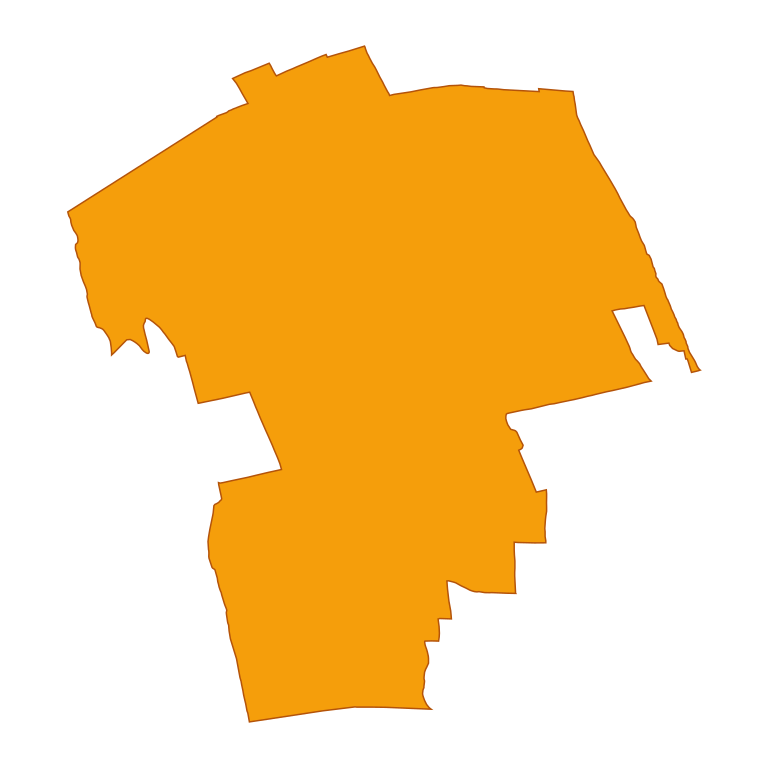 the district of Bacani, Vaslui, Romania
{"feature_id": "2599482B44404809262636", "entity_name": "Bacani", "entity_type": "district", "adm_level": 2, "iso_a3": "ROU", "parent_name": "Romania", "parent_adm1": "Vaslui", "projection": "robinson", "projection_center": [27.679, 46.327], "detail": "fine", "context": "isolated", "style": "filled", "palette": "amber", "viewbox_px": 768, "rotation_deg": 0, "n_neighbors": 0, "source": "geoboundaries", "source_scale": "gbopen_adm2", "svg_char_len": 6022}
<svg xmlns="http://www.w3.org/2000/svg" viewBox="0 0 768 768"><path d="M698.3,368.1L697.2,366.4L695.4,362.2L694.5,360.5L693.3,358.5L689.5,352.3L688.0,348.5L687.7,346.4L686.2,343.1L686.0,341.4L685.0,339.1L684.1,337.6L683.4,334.7L683.0,333.7L682.0,331.7L679.4,327.9L678.8,326.7L678.1,324.9L677.7,323.0L676.8,321.5L676.1,319.2L674.8,317.1L674.0,314.7L672.7,311.8L671.3,309.1L670.7,307.1L670.2,305.6L668.2,301.0L667.8,299.9L667.0,298.8L666.0,296.6L664.8,292.4L663.6,288.6L661.9,284.0L659.4,281.9L658.5,280.8L657.8,279.0L656.2,277.3L655.8,276.0L655.9,273.6L654.9,270.9L654.3,268.4L653.1,266.9L651.1,259.2L649.2,255.4L646.8,254.0L645.8,250.8L645.2,248.5L644.3,245.4L641.6,241.0L640.2,237.7L638.7,233.4L636.2,227.2L636.0,225.8L635.2,222.0L633.8,219.7L632.6,218.2L630.4,216.3L629.5,215.1L628.1,212.7L626.3,209.9L619.8,197.9L617.9,193.9L615.2,188.9L609.9,179.8L602.3,167.3L599.4,162.3L597.3,159.3L593.9,154.6L589.8,145.1L587.8,140.9L583.6,130.9L580.7,124.7L579.1,120.7L577.7,117.9L576.7,115.1L576.4,113.2L575.2,104.2L574.5,100.6L574.0,96.5L573.6,95.2L573.0,91.5L565.2,91.0L538.7,88.7L539.2,91.6L503.7,89.7L497.5,89.0L493.5,88.9L487.4,88.5L484.2,87.8L484.0,86.9L471.2,86.4L467.4,85.9L464.5,85.7L461.0,85.1L457.5,85.4L449.3,85.7L443.8,86.6L437.1,87.5L433.4,87.6L420.6,89.9L410.6,91.9L393.9,94.4L389.6,95.5L388.8,93.5L387.6,91.7L384.1,85.1L382.6,82.0L379.8,77.0L376.3,69.9L374.7,66.9L372.3,63.2L369.5,57.9L368.4,55.5L367.3,53.6L366.9,52.7L365.6,49.2L365.0,47.1L364.5,46.1L348.8,51.0L338.8,53.8L327.3,57.2L326.1,54.5L321.6,56.2L316.9,58.2L306.4,62.8L296.4,67.0L292.4,68.8L286.7,71.1L277.9,75.2L276.4,75.9L275.7,75.0L274.5,73.1L272.2,68.8L270.8,65.9L269.2,63.2L251.0,70.7L245.2,72.7L232.6,78.5L236.4,83.3L239.5,88.5L242.1,93.3L248.0,103.5L242.1,105.5L232.9,109.1L231.4,109.9L228.7,110.9L227.8,111.8L226.4,112.7L218.9,115.4L216.7,116.4L216.9,117.1L67.8,211.9L68.3,214.0L69.0,216.2L69.9,217.7L70.6,219.3L70.9,222.2L71.7,225.3L73.8,230.4L75.7,233.0L77.3,235.7L77.8,238.2L78.0,240.3L77.9,241.3L77.6,242.4L77.1,243.2L76.3,243.8L75.6,244.6L75.5,245.9L75.4,247.4L75.5,249.0L75.9,250.6L76.5,252.3L77.6,256.9L78.1,257.8L79.0,259.2L79.6,260.9L80.1,262.8L80.1,264.8L80.0,269.0L81.2,275.5L83.4,281.7L85.3,286.1L86.5,289.4L87.4,294.1L87.0,296.3L87.1,297.4L88.3,302.5L89.2,305.5L91.2,313.1L91.6,314.2L92.0,316.4L92.8,318.3L95.0,322.8L96.4,326.5L97.1,327.1L98.2,327.5L99.5,327.7L101.6,328.6L102.7,329.2L103.8,330.3L106.7,334.4L108.0,336.4L109.0,338.1L109.5,339.5L110.0,340.4L110.4,341.8L111.2,347.6L111.6,352.7L111.6,355.0L114.3,352.5L126.7,339.8L130.2,339.5L132.7,340.7L134.8,342.0L136.9,343.5L139.4,345.7L142.2,349.5L143.9,351.3L145.9,352.7L147.1,353.3L148.0,353.4L148.7,353.1L149.1,352.5L149.2,351.5L146.7,340.3L145.1,334.4L143.9,329.2L143.6,328.3L143.4,325.6L144.0,323.5L145.1,321.6L145.5,318.9L146.1,318.3L147.5,318.4L149.5,319.4L153.2,322.0L159.3,327.1L160.4,328.3L162.1,330.4L163.3,332.1L164.9,334.0L168.7,339.3L171.6,343.0L173.1,345.0L174.2,346.5L176.1,352.1L177.4,356.4L178.1,357.0L178.5,357.1L185.2,355.4L186.4,361.2L187.2,363.2L188.5,367.8L189.7,371.6L192.5,381.9L194.6,390.1L198.2,403.3L199.9,403.0L204.6,402.0L222.7,398.3L245.6,393.0L249.7,392.2L253.7,401.9L255.7,407.0L257.4,410.9L260.2,417.8L265.8,430.6L267.9,435.2L272.3,445.2L274.3,450.1L277.6,457.8L279.9,463.7L281.5,469.5L267.8,472.5L256.0,475.3L247.8,477.3L231.2,480.8L222.6,482.7L220.0,483.1L218.5,482.6L218.7,484.6L221.2,496.2L221.7,498.9L221.1,500.0L220.2,500.7L218.7,502.4L216.7,503.6L214.9,504.4L213.9,505.7L213.2,512.8L212.8,515.1L209.8,529.6L208.6,536.7L208.0,541.5L208.5,549.5L208.8,551.0L208.9,553.1L208.8,556.5L209.0,558.2L212.0,567.3L212.7,568.2L214.6,569.4L215.0,570.0L217.3,578.1L217.8,581.8L218.4,583.9L219.1,587.0L220.0,589.7L220.7,591.5L221.2,592.5L221.7,594.8L224.3,603.4L224.8,604.9L226.2,608.4L226.8,610.2L226.3,612.6L226.5,614.6L227.6,622.0L228.0,623.6L228.6,625.0L229.1,630.9L230.4,638.8L236.5,658.7L240.0,677.6L241.1,681.4L241.6,684.4L242.9,690.5L243.6,694.8L244.9,700.5L245.7,703.8L247.0,710.9L247.8,713.0L249.4,721.9L323.0,710.8L355.0,706.9L356.8,707.1L371.8,707.1L385.7,707.3L431.1,709.2L429.2,707.7L427.4,705.5L426.5,704.3L424.6,700.5L423.4,697.2L422.9,695.6L422.6,694.1L422.6,693.1L423.0,689.9L423.9,687.7L423.9,686.5L424.5,681.7L424.5,680.7L424.2,679.6L424.0,678.5L424.1,676.4L424.6,672.1L425.7,669.1L426.6,667.4L428.5,663.2L428.5,658.4L428.3,656.2L427.3,651.7L426.5,649.0L425.6,646.6L425.0,644.4L424.7,642.3L424.7,641.3L425.0,641.1L431.5,640.9L438.6,641.1L439.2,636.9L439.4,633.2L439.1,626.7L438.1,619.0L439.7,618.5L451.4,618.9L451.1,615.3L450.7,610.9L448.9,601.1L447.5,589.0L446.9,581.0L448.5,580.8L453.6,582.1L455.7,582.8L461.1,585.8L466.0,588.1L470.0,590.2L472.3,591.0L474.5,591.6L477.1,591.9L477.9,591.7L479.4,591.7L484.7,592.6L489.3,592.7L491.8,592.6L506.6,593.2L515.8,593.4L515.5,592.7L515.5,591.8L514.7,575.9L514.7,572.2L514.9,568.2L514.9,561.0L514.4,554.8L514.2,549.9L514.2,547.3L514.2,542.2L518.1,542.5L534.6,542.9L545.8,542.8L545.8,540.8L545.1,536.5L545.1,531.7L544.8,528.6L545.4,520.0L545.8,516.2L546.6,511.3L546.6,507.3L546.5,502.7L546.6,497.4L546.6,493.8L546.3,489.8L536.3,492.1L531.3,479.9L522.4,459.1L518.7,450.2L520.7,449.3L522.0,448.3L522.4,447.5L523.1,445.2L520.3,439.9L516.9,432.3L515.6,430.9L514.6,430.4L510.7,429.3L507.8,424.8L506.6,421.6L505.8,418.5L505.9,416.0L506.3,414.2L507.0,413.6L508.8,413.1L520.9,410.5L524.6,409.8L531.4,408.8L549.4,404.3L554.3,403.7L560.6,402.3L575.6,399.2L582.5,397.6L587.5,396.3L592.2,395.3L595.5,394.4L606.8,391.7L612.3,390.6L627.5,387.1L644.4,382.5L651.2,381.1L648.7,378.6L646.5,375.0L643.5,370.3L641.0,366.5L639.6,363.7L637.4,361.1L635.5,359.2L634.1,357.0L632.8,354.7L631.4,352.6L630.7,351.0L630.0,348.5L629.3,346.5L625.0,337.2L612.1,310.9L615.6,309.9L620.4,309.0L624.6,308.7L628.4,308.0L633.8,307.2L640.2,306.0L644.0,305.5L653.4,329.7L657.0,339.2L658.1,344.5L668.9,343.1L669.7,345.4L672.6,348.5L677.6,350.9L679.1,351.3L681.7,351.0L684.0,350.8L685.8,359.0L687.1,358.9L687.9,360.6L691.5,372.4L698.2,370.8L700.2,370.1L699.6,369.7L698.3,368.1Z" fill="#f59e0b" stroke="#b45309" stroke-width="1.5"/></svg>